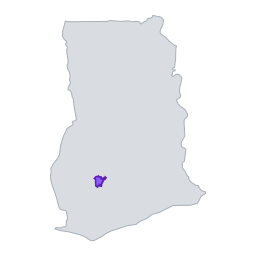 Amansie West, Ashanti, Ghana shown in context
{"feature_id": "2480657B59515552665793", "entity_name": "Amansie West", "entity_type": "district", "adm_level": 2, "iso_a3": "GHA", "parent_name": "Ghana", "parent_adm1": "Ashanti", "projection": "orthographic", "projection_center": [-1.803, 6.438], "detail": "fine", "context": "in_parent", "style": "filled", "palette": "violet", "viewbox_px": 256, "rotation_deg": 0, "n_neighbors": 0, "source": "geoboundaries", "source_scale": "gbopen_adm2", "svg_char_len": 5003}
<svg xmlns="http://www.w3.org/2000/svg" viewBox="0 0 256 256"><path d="M160.8,17.1L163.0,19.2L163.5,20.4L162.7,25.0L161.1,28.2L160.1,31.2L160.2,32.7L161.2,34.2L164.6,36.5L166.3,38.0L168.4,40.3L170.8,42.5L174.8,45.5L176.5,46.0L176.4,46.8L175.9,47.9L175.6,58.9L175.3,61.7L175.0,63.1L174.7,67.2L174.2,67.8L173.5,67.8L172.8,67.9L172.6,68.7L172.9,69.6L175.3,70.1L174.8,70.8L173.0,71.3L172.2,72.6L172.5,74.0L171.6,75.1L171.8,75.9L172.5,76.4L173.5,76.2L176.3,74.3L177.5,74.1L179.0,74.5L181.7,77.3L181.8,78.8L180.8,83.6L179.7,87.3L179.5,92.3L180.7,95.1L180.6,96.6L179.3,97.9L176.5,99.8L176.8,101.2L178.0,103.6L180.4,106.3L185.1,109.6L187.5,114.0L187.6,115.8L186.2,117.6L184.5,119.1L184.0,121.4L184.8,136.1L181.2,142.5L181.2,144.3L181.6,146.4L182.5,147.7L184.4,148.0L185.9,149.3L185.4,153.7L184.7,158.3L184.5,160.5L184.1,161.6L182.6,162.4L182.1,163.9L182.5,165.6L182.2,167.0L183.0,168.7L184.7,170.8L187.4,176.0L188.4,176.4L188.9,177.5L188.6,178.6L189.7,180.9L192.7,183.3L195.8,185.3L198.4,185.6L199.0,187.4L200.7,189.7L201.9,190.7L203.8,191.3L205.4,191.7L205.5,193.6L202.6,195.0L200.7,197.0L199.3,200.1L197.2,203.5L190.2,205.3L187.5,205.3L173.1,205.5L159.6,212.2L151.8,214.6L147.0,218.4L140.6,221.0L136.1,224.3L126.8,225.8L111.4,230.9L106.7,233.0L101.8,236.5L93.9,240.6L90.8,240.6L84.6,236.7L80.0,234.8L68.6,231.8L60.1,230.6L56.1,229.3L54.9,229.1L55.9,227.7L58.3,227.6L60.7,228.1L62.6,227.0L65.4,226.9L66.1,225.8L66.3,223.0L66.3,220.7L67.3,219.7L67.5,217.0L66.2,211.1L65.2,210.5L60.3,209.6L59.9,208.4L59.0,207.2L58.1,204.2L57.0,199.6L55.3,194.0L52.0,184.8L51.2,181.5L50.6,178.2L50.5,174.2L51.2,172.7L51.1,170.7L50.8,168.6L53.2,163.9L57.8,158.2L58.7,156.1L59.6,154.6L59.7,152.6L60.5,145.9L62.8,137.8L64.1,134.7L65.1,133.0L66.2,130.3L66.5,129.1L70.7,125.9L72.6,125.0L73.1,123.8L72.4,122.4L72.7,121.5L73.7,121.0L75.3,120.7L76.4,119.4L74.6,109.3L73.2,99.4L73.2,98.5L72.3,97.2L71.5,93.0L70.1,90.6L68.1,89.9L68.1,87.7L70.1,83.8L70.6,81.6L69.7,80.9L69.5,79.2L70.2,76.3L69.9,74.6L69.5,72.7L67.5,68.4L67.0,65.3L68.0,63.5L68.0,59.5L66.9,53.4L66.7,49.6L67.5,48.0L67.2,46.5L65.7,45.0L65.6,43.6L66.8,42.2L66.7,41.2L65.1,40.4L63.7,38.5L62.4,35.6L62.7,30.8L65.1,22.0L65.4,21.3L68.1,21.4L68.1,21.7L76.5,21.7L86.1,21.6L97.5,21.5L107.9,21.4L108.4,21.0L110.1,20.5L120.6,21.4L127.2,20.9L129.9,21.2L132.0,21.8L136.5,21.4L138.9,21.6L140.8,23.8L141.5,23.8L142.5,22.9L144.3,21.8L146.2,21.0L147.5,19.3L148.3,18.0L149.5,18.2L151.2,18.1L152.3,17.0L152.8,15.4L160.8,17.1Z" fill="#d9dde1" stroke="#a8b0b8" stroke-width="1"/><path d="M100.9,176.9L100.9,177.0L100.7,177.1L100.4,177.0L100.3,176.9L100.2,176.9L100.0,176.7L99.9,176.7L99.7,176.7L99.3,176.5L99.1,176.6L98.9,176.4L98.9,176.5L98.9,176.8L99.0,176.9L98.8,176.9L98.6,176.9L98.4,177.0L98.2,176.9L98.0,176.7L98.1,176.4L97.7,176.4L97.5,176.5L97.4,176.5L97.4,176.3L97.2,176.3L97.1,176.5L96.9,176.5L96.6,176.6L96.4,176.7L96.3,176.8L96.2,176.9L95.7,177.0L95.4,177.0L94.9,177.8L95.0,177.9L95.1,178.0L94.9,178.3L94.7,178.3L94.6,178.5L94.9,178.6L94.9,178.8L94.7,178.8L94.8,178.9L95.0,178.9L95.4,179.0L95.6,179.3L95.6,179.8L95.7,180.2L95.6,180.7L95.7,181.1L95.6,181.3L95.6,182.3L95.5,182.8L95.6,183.2L95.7,183.6L95.8,183.9L95.8,184.9L95.7,185.9L96.1,186.1L97.1,186.5L97.3,186.9L97.6,187.1L97.7,186.9L97.5,187.0L97.5,186.9L97.6,186.7L97.5,186.4L97.8,186.4L97.8,186.2L97.7,186.2L97.9,186.0L97.9,185.8L98.0,185.8L98.2,185.7L98.3,185.7L98.6,185.6L98.8,185.7L99.0,185.6L99.1,185.4L99.3,185.3L99.4,185.2L99.4,185.3L99.5,185.3L99.5,185.2L99.6,185.3L99.6,185.2L99.7,185.3L99.7,185.2L99.8,185.2L99.8,185.3L99.9,185.2L100.0,185.2L100.2,185.3L100.2,185.2L100.3,185.3L100.5,185.5L100.5,185.4L100.8,185.4L101.0,185.4L101.2,185.5L101.3,185.6L101.3,185.3L101.3,185.2L101.4,185.3L101.5,185.4L101.6,185.2L101.6,185.3L101.7,185.2L101.6,184.9L101.6,184.7L101.4,184.6L101.5,184.5L101.5,184.4L101.5,184.2L101.6,183.9L101.7,183.7L101.8,183.5L102.0,183.4L102.0,183.2L102.2,182.9L102.3,182.9L102.5,182.7L102.4,182.6L102.4,182.4L102.5,182.4L102.5,182.2L102.4,182.1L102.5,181.8L102.5,181.7L102.8,181.6L103.1,181.4L103.0,181.2L103.0,180.8L103.0,180.7L102.9,180.4L103.0,180.4L103.3,180.1L103.4,179.9L103.5,179.8L103.7,179.7L103.7,179.8L103.8,179.8L104.0,179.9L104.2,179.7L104.3,179.5L104.5,179.5L104.6,179.4L104.9,179.4L105.0,179.4L105.1,179.2L104.9,179.1L104.7,178.9L104.6,178.7L104.6,178.4L104.8,178.4L105.0,178.2L105.3,178.1L105.5,178.1L105.6,177.9L105.8,177.9L106.1,177.9L106.1,177.7L105.9,177.5L105.8,177.4L105.7,177.4L105.7,177.2L105.4,177.0L105.4,177.3L105.3,177.5L105.2,177.6L104.9,177.6L104.6,177.4L104.4,177.5L104.3,177.4L104.2,177.4L104.0,177.6L104.0,177.8L103.9,177.8L103.8,178.0L103.7,178.0L103.4,178.0L103.2,178.0L102.9,178.3L103.0,178.5L102.8,178.6L102.7,178.6L102.5,178.4L102.4,178.4L102.2,178.3L101.9,178.5L101.7,178.7L101.7,178.8L101.8,178.8L101.7,178.9L101.7,179.0L101.2,179.0L101.2,178.9L101.3,178.8L101.2,178.7L100.9,178.4L100.9,178.2L101.0,178.0L101.1,177.9L101.3,177.8L101.3,177.7L101.2,177.5L101.2,177.4L101.2,177.2L101.1,176.9L100.9,176.9Z" fill="#8b5cf6" stroke="#5b21b6" stroke-width="1.5"/></svg>